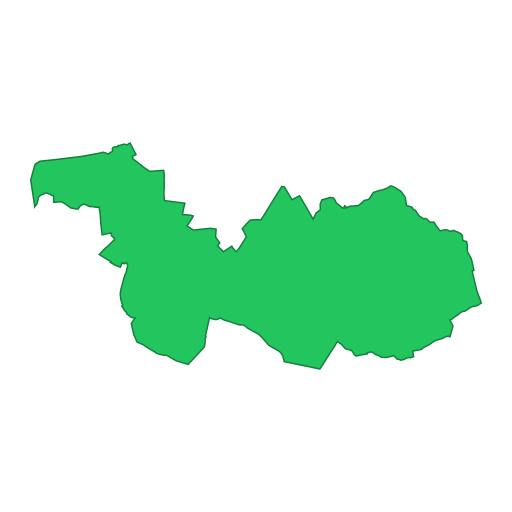 outline of Madaras, Bihor, Romania
{"feature_id": "2599482B85096243126104", "entity_name": "Madaras", "entity_type": "district", "adm_level": 2, "iso_a3": "ROU", "parent_name": "Romania", "parent_adm1": "Bihor", "projection": "albers", "projection_center": [21.733, 46.85], "detail": "fine", "context": "isolated", "style": "filled", "palette": "green", "viewbox_px": 512, "rotation_deg": 0, "n_neighbors": 0, "source": "geoboundaries", "source_scale": "gbopen_adm2", "svg_char_len": 6080}
<svg xmlns="http://www.w3.org/2000/svg" viewBox="0 0 512 512"><path d="M413.6,356.6L412.7,351.1L421.6,349.4L422.3,348.4L423.2,347.8L427.2,345.6L429.4,344.6L432.1,342.6L434.4,341.1L435.7,340.5L437.8,339.7L439.0,339.5L439.9,339.1L441.7,338.7L443.1,338.1L445.0,336.9L445.7,336.7L447.7,336.2L449.1,336.4L450.0,336.8L450.6,334.3L453.0,326.3L450.0,319.9L452.6,318.8L453.6,317.7L454.0,317.4L456.6,315.6L458.1,314.7L459.0,313.8L460.5,312.7L462.2,311.7L463.2,311.4L465.1,311.1L465.4,310.9L468.6,308.7L470.6,307.4L473.4,306.3L475.2,306.1L476.7,305.8L478.0,305.2L481.0,303.2L481.3,303.0L480.8,302.7L480.8,301.4L479.8,298.5L478.4,295.1L476.8,290.6L472.6,273.2L472.5,271.7L472.2,270.7L473.8,270.4L473.6,268.2L473.0,267.0L472.9,265.4L472.7,264.7L472.0,261.4L470.9,257.9L470.4,256.9L467.7,252.3L467.4,251.6L467.3,246.3L467.3,245.1L466.9,243.5L466.6,241.5L463.6,240.8L463.3,240.6L462.6,239.3L462.5,236.7L462.3,235.9L462.1,235.3L461.8,234.8L461.2,234.1L460.8,233.7L459.0,232.7L457.3,231.8L456.0,231.7L454.3,230.6L453.8,230.4L450.1,231.3L449.5,231.1L448.5,230.5L447.6,230.1L446.0,229.8L445.2,229.8L440.4,230.7L439.7,230.5L435.6,224.9L434.5,222.8L434.0,222.2L433.7,222.1L433.1,222.1L430.7,222.2L430.1,222.2L429.7,221.9L427.0,219.2L425.1,218.4L423.7,218.7L423.3,218.6L419.0,215.8L418.8,215.5L415.6,210.5L413.5,209.4L413.1,209.0L411.9,207.2L411.4,206.9L406.6,205.6L406.4,205.4L405.3,197.4L400.9,191.2L396.4,188.5L395.2,187.7L392.9,186.5L391.9,186.1L391.1,185.9L390.8,185.9L389.9,186.2L388.2,187.6L382.7,189.8L382.0,190.0L380.0,190.3L373.7,192.3L373.2,192.6L372.9,193.3L368.9,199.2L367.3,199.8L365.2,200.2L364.1,200.5L362.3,202.4L358.6,205.4L358.0,205.6L349.6,206.3L346.0,208.0L345.9,206.6L345.7,206.4L344.6,205.8L344.5,206.2L344.1,206.7L343.9,208.0L343.2,208.2L342.9,208.1L342.5,207.9L336.9,203.4L336.2,202.6L335.7,201.6L335.3,200.6L334.8,199.8L333.8,198.4L333.4,198.0L333.1,197.8L330.4,197.4L324.1,199.3L322.4,199.6L321.9,199.9L321.6,200.3L320.2,204.3L320.2,204.8L320.3,209.0L320.3,209.3L319.9,209.9L319.5,210.4L316.4,212.7L315.8,213.3L315.4,214.5L314.7,216.0L313.1,219.1L304.4,204.0L302.0,199.9L299.5,195.8L292.0,199.7L284.3,186.8L282.8,186.8L282.3,186.7L281.8,186.4L274.1,198.7L263.6,215.8L263.4,216.1L263.3,216.4L262.1,218.0L260.9,219.9L257.0,219.6L251.0,220.0L250.3,220.1L249.9,220.4L246.5,223.8L243.6,227.1L242.2,228.8L243.6,231.2L245.5,235.0L246.3,236.8L241.1,245.1L240.0,246.9L238.8,248.6L236.5,251.4L236.3,251.5L235.5,251.4L235.2,251.0L234.9,250.3L234.5,249.8L233.1,248.4L231.8,246.2L223.4,251.7L219.7,248.0L217.6,245.8L219.8,242.9L215.6,237.1L216.1,229.2L215.2,229.0L210.7,228.3L201.2,229.2L193.5,230.1L187.0,226.0L192.8,217.1L193.1,216.5L193.2,216.0L190.5,215.1L182.5,214.6L182.4,214.5L184.0,206.6L184.9,203.2L164.5,200.6L163.9,193.6L163.9,191.8L164.2,188.4L164.2,183.0L164.1,180.7L164.3,175.0L163.7,170.3L149.7,171.4L143.5,167.1L136.9,161.8L133.1,159.0L132.9,158.8L132.8,158.5L132.6,157.4L132.3,156.4L132.9,156.2L136.0,154.6L130.1,143.0L128.7,143.7L128.2,144.0L127.8,144.5L127.4,144.9L126.9,145.0L126.3,144.8L125.8,144.5L124.9,144.3L123.8,144.2L122.6,144.5L118.9,145.7L118.4,145.4L118.0,145.7L117.3,146.6L117.0,146.7L113.4,147.2L112.8,147.9L112.4,148.6L112.3,149.1L112.5,150.3L112.4,150.9L112.3,151.4L112.1,151.7L110.1,152.5L108.9,153.7L108.3,153.9L107.8,153.9L105.1,152.8L102.9,152.2L100.5,152.9L99.1,153.2L81.7,156.4L54.5,159.7L39.9,161.2L35.1,164.2L30.7,179.9L34.1,202.3L34.6,205.8L34.7,206.8L35.9,205.0L36.3,205.0L37.2,203.0L37.8,200.9L38.2,197.8L38.4,197.1L39.1,196.5L40.5,195.4L41.9,194.6L44.1,193.8L45.0,193.2L46.0,192.9L46.4,192.9L48.6,193.8L49.9,194.3L52.2,195.4L53.5,195.8L53.6,198.6L53.7,202.3L61.6,201.7L62.5,202.5L64.1,203.1L70.9,208.0L71.6,208.1L76.3,209.0L78.3,209.0L79.0,207.5L80.3,206.0L82.1,204.7L82.7,204.4L84.3,204.2L86.2,204.8L88.3,206.0L90.5,206.7L90.9,206.7L91.3,206.3L91.5,206.5L95.7,207.2L99.3,207.4L99.3,207.8L99.6,210.9L99.9,212.3L100.2,214.7L100.4,216.7L100.5,219.0L100.9,224.3L102.1,234.8L110.8,233.0L111.5,235.5L111.8,236.1L114.3,238.2L114.5,239.8L114.0,240.1L112.6,241.4L111.2,242.8L108.2,245.8L107.2,246.7L105.6,247.9L104.7,248.7L99.2,254.5L110.9,261.7L110.3,262.3L114.8,265.0L120.4,267.2L122.1,262.9L124.4,263.8L126.5,262.5L127.7,265.2L126.5,270.5L126.2,272.4L125.2,274.3L123.8,278.4L122.8,282.4L120.8,289.6L120.3,293.5L120.2,294.5L120.4,295.3L120.8,299.4L122.6,305.0L121.8,306.0L123.3,308.4L124.4,310.4L126.3,312.3L126.6,312.8L126.8,313.8L127.1,314.2L128.4,315.0L129.0,315.7L129.6,316.1L130.7,317.0L133.0,317.8L135.0,317.9L131.3,323.5L133.9,335.0L135.7,338.8L136.7,341.5L136.9,341.8L137.5,342.3L138.4,342.7L142.7,344.4L143.5,344.9L144.8,345.8L145.2,346.2L146.7,347.1L148.8,348.5L154.9,352.0L155.4,352.5L158.4,354.0L159.9,354.4L163.9,355.2L164.2,355.3L165.8,355.1L166.6,355.3L170.7,357.6L175.8,360.6L188.1,364.4L192.2,360.1L196.8,355.1L204.4,346.9L204.8,344.6L205.2,341.8L205.0,340.8L205.4,338.3L206.0,336.2L205.4,335.7L207.2,328.2L208.7,321.3L209.6,317.5L210.0,317.9L211.0,318.6L215.4,319.5L216.2,319.6L217.1,319.4L219.6,318.4L220.7,318.1L221.1,318.2L221.4,318.3L222.5,319.2L223.8,319.9L229.3,321.5L239.0,324.8L239.8,325.0L242.1,324.7L244.3,325.6L246.4,327.0L247.4,328.0L248.7,328.8L257.0,333.3L259.0,334.6L262.4,337.9L264.9,340.9L266.0,341.9L267.4,343.7L268.8,345.2L272.2,347.3L278.4,350.8L279.6,351.7L280.7,352.7L282.4,355.2L282.8,356.2L284.0,360.4L284.1,361.6L319.9,369.0L322.7,364.8L330.7,352.1L332.7,349.0L333.7,347.6L336.6,342.8L337.5,341.5L339.4,343.0L341.3,344.1L344.5,347.7L345.1,348.5L345.5,348.7L346.3,349.1L347.8,349.5L350.0,349.9L351.3,350.5L351.7,350.8L352.2,351.2L353.0,352.4L353.9,354.1L355.3,355.5L355.9,356.0L357.1,355.8L362.2,354.7L364.0,354.5L365.6,354.0L366.9,354.1L367.2,353.9L367.3,352.9L368.7,352.6L369.2,352.2L369.7,352.2L370.7,352.0L371.2,352.0L372.9,352.5L375.4,354.5L376.3,354.9L376.8,355.0L377.3,354.9L381.4,357.3L382.0,357.4L384.3,357.4L386.0,357.6L388.6,357.0L390.2,356.6L392.0,356.3L393.0,355.7L393.3,355.6L393.6,355.6L393.9,355.8L397.0,359.0L397.7,359.3L398.9,359.2L400.5,360.2L401.9,360.0L404.4,359.3L406.2,358.2L407.8,357.7L409.0,357.5L410.3,357.8L413.6,356.6Z" fill="#22c55e" stroke="#15803d" stroke-width="1.5"/></svg>